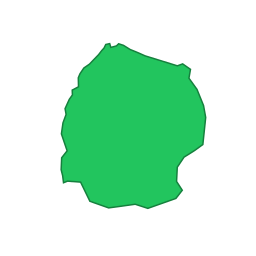 Has, Kukës, Albania (Equal Earth projection), rotated 243°
{"feature_id": "67620474B51228836218093", "entity_name": "Has", "entity_type": "district", "adm_level": 2, "iso_a3": "ALB", "parent_name": "Albania", "parent_adm1": "Kukës", "projection": "equal_earth", "projection_center": [20.413, 42.193], "detail": "fine", "context": "isolated", "style": "filled", "palette": "green", "viewbox_px": 256, "rotation_deg": 243, "n_neighbors": 0, "source": "geoboundaries", "source_scale": "gbopen_adm2", "svg_char_len": 831}
<svg xmlns="http://www.w3.org/2000/svg" viewBox="0 0 256 256"><g transform="rotate(243 128 128)"><path d="M47.9,148.1L58.3,147.0L70.7,154.1L76.6,164.7L77.7,177.1L79.3,187.2L102.1,202.0L113.7,205.5L131.1,207.0L144.7,204.9L151.9,210.3L160.3,205.8L161.0,200.2L184.5,176.0L189.7,171.8L192.9,169.1L196.9,165.6L203.7,161.5L207.3,157.9L206.4,155.0L207.6,149.3L211.5,150.0L212.5,146.1L210.1,142.9L208.9,139.7L206.7,135.1L204.4,128.4L202.4,122.7L201.5,115.9L198.1,109.8L195.3,106.5L187.2,102.6L187.1,95.5L182.7,93.5L180.2,88.7L173.8,80.7L168.2,79.0L162.1,72.4L153.0,66.0L135.3,63.4L131.6,55.4L121.2,49.5L115.1,48.1L108.5,45.7L108.3,47.8L108.1,50.0L106.4,52.8L106.0,53.4L105.2,54.8L103.7,57.3L101.3,61.2L80.0,60.8L65.6,74.5L61.8,85.3L56.8,99.8L47.4,109.2L43.5,138.7L47.9,148.1Z" fill="#22c55e" stroke="#15803d" stroke-width="1.5"/></g></svg>